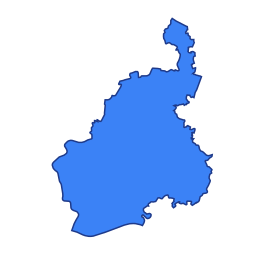 Can Giuoc, Long An, Vietnam, rotated 81°
{"feature_id": "81297802B44556348511886", "entity_name": "Can Giuoc", "entity_type": "district", "adm_level": 2, "iso_a3": "VNM", "parent_name": "Vietnam", "parent_adm1": "Long An", "projection": "orthographic", "projection_center": [106.662, 10.577], "detail": "fine", "context": "isolated", "style": "filled", "palette": "blue", "viewbox_px": 256, "rotation_deg": 81, "n_neighbors": 0, "source": "geoboundaries", "source_scale": "gbopen_adm2", "svg_char_len": 5696}
<svg xmlns="http://www.w3.org/2000/svg" viewBox="0 0 256 256"><g transform="rotate(81 128 128)"><path d="M40.6,78.1L43.1,78.6L45.0,78.7L47.3,77.9L50.5,77.6L50.8,77.0L50.2,75.2L50.2,73.7L52.4,71.5L52.8,69.7L55.1,66.9L56.0,66.7L56.5,66.9L58.1,68.3L58.6,68.3L58.4,66.5L60.6,66.1L62.0,65.6L63.2,64.9L63.8,64.9L65.6,65.4L67.8,66.4L69.5,67.4L71.5,68.9L72.5,69.4L73.8,69.5L78.2,68.4L78.8,68.5L79.1,68.8L79.4,69.7L78.0,72.2L78.3,72.8L78.8,72.9L78.6,73.8L77.3,75.7L77.1,76.3L77.3,76.9L78.5,79.7L78.5,81.4L77.5,82.5L77.2,83.3L76.4,86.4L74.8,86.7L73.9,89.3L72.8,94.1L72.9,94.5L74.3,95.6L77.7,97.7L78.6,98.5L79.3,100.4L79.4,101.6L78.7,106.2L78.8,106.7L79.8,107.6L79.8,108.9L79.7,109.7L75.4,109.3L74.5,109.4L73.8,109.8L73.4,111.8L74.2,115.1L74.4,117.2L75.0,117.7L76.0,118.0L76.6,118.0L77.9,117.4L78.6,117.4L79.2,117.7L79.5,118.5L79.9,123.4L80.3,125.3L80.5,128.6L82.8,130.2L83.3,130.3L83.7,129.9L83.8,129.0L83.6,128.5L83.9,127.9L84.2,127.8L85.1,128.1L86.3,128.8L93.9,135.2L94.0,137.0L93.4,138.5L93.8,138.9L94.7,139.2L95.3,139.7L96.8,141.8L97.0,143.8L96.6,146.2L100.7,147.4L101.9,146.9L109.6,148.9L111.0,149.0L116.5,153.0L117.2,153.8L116.9,155.0L115.1,156.9L115.0,157.2L115.5,157.4L116.9,157.0L116.6,157.7L115.5,159.3L115.4,159.9L116.2,160.1L117.0,159.9L117.5,160.1L117.6,160.7L117.2,162.1L117.4,162.4L117.9,162.6L119.6,162.2L120.2,162.3L120.7,162.5L122.1,164.1L125.1,164.4L125.5,164.7L126.3,166.2L126.7,166.3L127.2,166.1L128.5,164.8L130.1,164.8L132.8,165.3L133.0,165.6L133.5,169.6L134.7,173.1L135.0,175.9L134.5,179.0L131.6,185.0L131.2,186.6L131.4,188.5L131.8,189.8L133.7,192.4L134.3,193.0L135.0,193.3L136.1,193.4L139.3,192.1L140.8,191.8L142.0,191.9L143.4,192.7L144.8,195.3L145.9,200.5L150.0,206.7L151.2,208.0L152.7,208.6L155.8,208.2L157.0,207.6L158.7,206.4L160.1,204.9L161.7,204.3L169.7,204.0L170.9,203.6L172.2,203.0L173.7,202.7L182.7,202.7L185.2,203.0L187.0,203.7L188.3,203.8L189.1,203.5L189.7,202.9L190.1,202.2L191.1,197.8L191.5,197.1L192.4,196.6L193.2,196.4L197.8,196.8L198.5,196.7L199.6,196.2L200.8,194.9L202.4,192.0L203.0,191.3L205.0,190.3L206.1,190.4L207.4,190.9L211.0,193.9L214.2,196.2L220.5,199.6L222.9,194.6L226.4,189.4L227.6,187.2L228.8,183.8L229.2,181.7L229.3,179.2L227.3,166.3L223.3,146.8L222.8,141.3L223.1,138.3L223.5,135.9L225.4,131.0L226.6,129.0L224.0,127.0L222.2,126.2L221.1,126.2L219.1,126.8L217.8,128.2L217.1,128.1L216.6,127.9L216.2,127.1L216.2,126.6L216.7,126.1L217.7,125.6L218.6,124.7L219.7,124.1L220.4,123.2L220.5,122.5L220.4,121.4L219.8,120.2L219.0,119.4L217.9,118.9L217.0,118.8L216.4,119.2L215.8,120.1L215.9,123.0L214.6,124.0L213.9,125.0L212.1,125.6L211.2,125.6L209.9,125.2L208.0,121.2L207.9,120.7L208.3,120.1L208.3,119.8L207.1,120.1L206.4,119.9L205.9,119.4L205.4,118.1L204.6,117.0L204.6,116.1L205.0,114.7L204.9,112.2L204.7,111.9L201.8,109.4L201.8,108.0L202.8,106.6L203.2,105.6L203.1,105.2L201.8,103.8L200.9,102.4L200.5,101.3L200.4,99.5L200.5,99.1L201.0,98.9L202.9,98.7L203.4,98.5L203.7,97.8L203.7,97.0L204.3,95.0L205.0,93.7L205.3,93.5L206.6,94.1L207.8,94.1L208.5,95.4L209.6,96.4L210.2,96.0L211.3,96.4L212.4,96.5L213.9,95.5L212.8,93.3L211.8,93.0L210.6,93.6L210.3,93.4L209.8,92.4L208.8,89.3L209.1,88.6L210.0,89.2L210.4,88.8L211.1,87.5L211.0,85.3L212.9,82.7L212.9,82.3L212.6,81.8L210.2,81.5L209.6,81.1L209.6,80.4L210.3,77.2L211.0,76.8L212.6,77.7L213.1,77.7L214.4,76.6L213.7,74.8L212.4,72.6L212.3,72.2L212.7,72.2L211.9,70.2L211.0,69.1L207.4,67.6L207.0,67.2L206.4,65.8L206.0,65.2L204.6,64.2L204.5,63.7L204.5,61.2L204.3,60.3L203.8,59.7L202.9,59.5L201.3,60.0L200.1,59.8L197.2,57.5L193.9,55.4L192.8,55.0L190.4,55.7L189.0,55.5L186.5,54.4L185.5,52.4L183.8,52.7L182.4,51.6L181.9,51.8L179.0,54.0L178.6,55.2L178.2,55.7L176.4,56.0L173.4,56.9L172.8,56.9L172.3,56.6L172.3,56.4L172.4,55.3L172.2,54.2L170.5,52.2L169.6,50.2L169.1,49.5L167.5,49.0L168.0,52.5L167.8,53.2L167.2,54.7L163.9,57.2L162.9,58.2L162.2,59.6L161.5,60.1L159.7,60.7L157.4,60.8L156.4,61.1L155.9,61.6L155.6,63.3L154.0,64.1L152.6,65.8L152.1,66.3L150.4,66.3L149.0,65.0L149.0,66.6L148.7,67.1L148.4,67.1L148.4,66.1L148.2,65.9L147.5,66.7L147.3,66.1L146.6,66.0L145.9,65.4L145.6,65.5L145.6,65.9L145.2,66.2L144.8,66.1L144.3,65.5L143.9,65.7L143.4,65.4L142.7,65.7L142.5,65.2L142.7,64.5L143.0,64.2L143.3,63.6L140.7,62.3L139.5,62.0L139.2,62.1L139.0,62.3L138.9,63.3L139.5,65.4L139.1,67.0L138.9,67.1L136.8,66.2L136.2,66.9L135.9,67.6L135.0,68.5L135.0,69.1L136.0,70.0L136.0,71.1L136.3,72.0L136.1,72.5L135.2,72.6L134.0,72.2L131.6,72.0L130.1,70.8L129.2,70.8L128.8,71.2L128.7,72.0L126.8,75.9L125.1,77.5L122.0,77.8L121.7,78.3L121.0,78.9L120.1,79.3L118.8,79.2L118.4,79.3L118.0,80.1L116.9,78.4L116.0,77.5L115.4,77.2L114.4,77.3L113.1,79.1L112.8,77.9L112.9,76.8L113.8,75.5L113.0,73.4L113.2,72.4L113.0,69.4L114.4,68.9L113.6,66.9L113.9,66.6L113.5,66.2L112.9,66.2L113.0,65.1L112.6,63.8L112.1,63.6L111.6,63.7L110.6,65.0L109.4,65.3L108.6,65.9L106.4,65.5L104.7,64.5L105.4,61.7L106.4,61.6L107.6,60.9L107.7,60.5L107.3,59.2L107.8,58.9L108.3,58.1L103.4,56.1L101.0,54.2L88.8,47.4L87.9,48.7L87.6,49.8L87.0,50.9L86.4,52.4L85.6,53.4L85.4,54.5L85.1,54.7L84.2,54.9L84.2,55.2L83.9,54.8L83.5,53.7L82.7,53.0L79.9,52.0L79.1,51.9L79.4,54.8L75.6,55.5L75.4,54.6L74.8,54.5L74.4,52.4L71.5,52.8L70.2,52.8L68.0,52.1L67.5,51.5L67.4,50.4L65.6,50.4L64.3,50.1L64.0,50.2L62.8,51.6L62.6,52.2L62.6,53.8L63.6,54.0L63.4,55.4L62.8,56.3L61.5,56.8L61.1,56.4L59.6,56.2L59.3,55.8L58.4,56.0L57.8,55.8L57.5,53.6L57.9,51.7L54.0,49.2L52.6,49.5L50.9,49.2L50.6,51.5L50.1,52.2L49.5,52.7L47.4,52.4L45.9,54.0L43.8,53.9L43.6,54.5L43.8,55.8L43.7,56.1L42.3,56.1L41.4,55.0L40.7,54.8L40.4,54.5L40.2,53.7L37.1,53.6L36.5,54.7L30.0,63.6L26.7,67.2L28.5,68.9L31.5,69.4L32.5,70.2L33.5,72.0L34.0,72.3L35.4,72.8L35.8,73.4L36.1,75.6L37.5,76.9L39.4,76.5L40.6,78.1Z" fill="#3b82f6" stroke="#1e3a8a" stroke-width="1.5"/></g></svg>